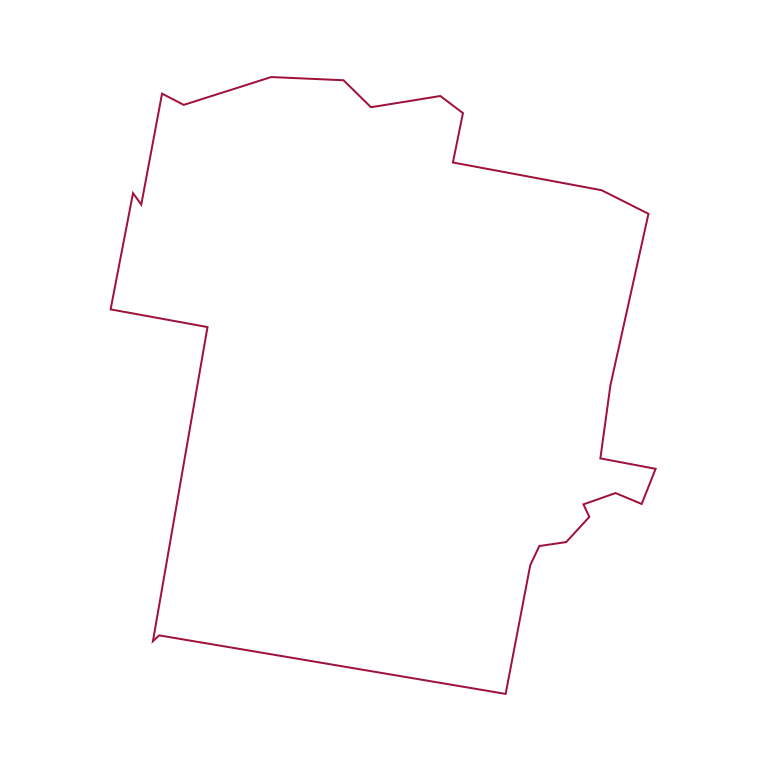 the district of Turner, Georgia, United States of America, rotated 280°
{"feature_id": "52423323B78124087935217", "entity_name": "Turner", "entity_type": "district", "adm_level": 2, "iso_a3": "USA", "parent_name": "United States of America", "parent_adm1": "Georgia", "projection": "albers", "projection_center": [-83.607, 31.711], "detail": "fine", "context": "isolated", "style": "outline", "palette": "rose", "viewbox_px": 768, "rotation_deg": 280, "n_neighbors": 0, "source": "geoboundaries", "source_scale": "gbopen_adm2", "svg_char_len": 498}
<svg xmlns="http://www.w3.org/2000/svg" viewBox="0 0 768 768"><g transform="rotate(280 384 384)"><path d="M90.6,201.1L97.4,206.2L99.9,557.6L231.0,559.5L251.4,565.1L260.0,590.9L288.8,609.3L300.1,601.3L316.8,630.9L310.6,658.6L347.6,666.2L348.3,610.0L421.9,607.2L597.5,614.9L612.6,564.7L614.1,413.4L664.5,414.7L677.4,389.4L654.3,323.1L676.1,291.4L666.7,219.6L624.1,138.3L631.4,115.0L518.5,113.8L528.4,103.7L410.0,101.8L409.4,200.3L90.6,201.1Z" fill="none" stroke="#9f1239" stroke-width="2"/></g></svg>